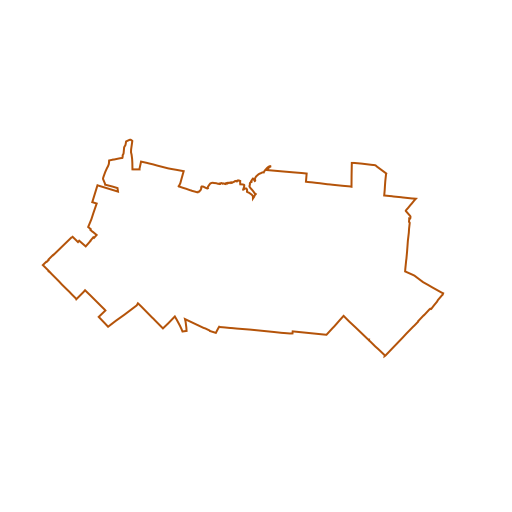 Fratesti, Giurgiu, Romania (Mercator projection), rotated 125°
{"feature_id": "2599482B51222543390169", "entity_name": "Fratesti", "entity_type": "district", "adm_level": 2, "iso_a3": "ROU", "parent_name": "Romania", "parent_adm1": "Giurgiu", "projection": "mercator", "projection_center": [25.914, 43.99], "detail": "fine", "context": "isolated", "style": "outline", "palette": "amber", "viewbox_px": 512, "rotation_deg": 125, "n_neighbors": 0, "source": "geoboundaries", "source_scale": "gbopen_adm2", "svg_char_len": 5954}
<svg xmlns="http://www.w3.org/2000/svg" viewBox="0 0 512 512"><g transform="rotate(125 256 256)"><path d="M366.2,304.0L366.5,302.7L368.7,290.7L361.1,289.2L352.1,287.8L353.7,284.3L356.8,278.2L358.6,275.1L360.0,272.9L357.2,269.9L354.6,272.0L350.2,276.0L348.4,278.0L347.4,272.0L345.1,258.4L345.0,257.8L344.4,255.9L344.0,253.3L343.7,251.7L343.7,251.2L343.9,250.8L342.0,244.8L339.1,245.2L336.4,245.5L335.3,245.6L335.1,245.6L335.1,245.4L335.0,245.0L332.6,240.9L330.1,236.4L328.8,234.3L326.4,230.0L319.6,218.5L313.1,206.9L307.9,197.6L304.3,191.0L302.2,187.5L300.1,183.9L299.2,182.6L298.5,181.7L296.7,182.7L281.3,155.2L280.1,153.1L271.1,151.9L268.8,151.5L260.5,150.6L254.8,149.9L256.2,142.1L257.4,133.5L260.0,116.7L260.0,116.2L259.6,115.5L260.3,115.2L260.5,113.3L261.7,106.4L262.1,102.7L263.5,93.5L264.2,93.2L263.4,92.9L238.4,89.0L233.2,88.3L223.6,86.7L222.4,86.4L217.9,85.7L216.8,85.5L216.7,85.5L216.4,85.8L208.3,84.6L208.2,84.4L203.9,83.8L200.3,83.3L199.2,83.0L199.1,82.9L199.1,82.4L199.1,82.2L198.9,82.1L194.3,81.9L189.3,81.5L188.3,81.7L187.6,81.7L182.4,81.2L181.8,81.2L180.9,80.9L180.3,81.0L179.2,81.3L179.5,82.9L180.6,93.6L181.0,98.5L181.6,104.2L181.2,115.0L181.5,116.7L181.6,117.3L183.1,125.0L181.1,126.2L173.4,130.5L172.0,131.2L165.7,134.8L156.3,140.4L149.4,144.1L145.8,146.3L141.0,148.9L140.5,149.3L140.4,149.7L140.3,150.2L140.2,150.3L138.1,151.5L137.5,151.9L137.4,152.0L137.0,151.2L136.8,151.2L136.2,151.4L135.1,152.1L134.9,152.4L134.6,153.4L133.2,159.1L133.0,159.3L131.8,159.3L129.5,159.0L125.3,158.7L123.8,158.5L119.5,158.2L117.4,157.9L118.1,159.1L119.5,161.4L124.0,169.6L124.7,171.0L125.5,172.4L126.3,173.8L128.4,177.5L129.2,179.2L130.2,180.9L132.9,185.7L128.0,188.5L124.6,190.6L120.4,193.1L114.4,196.4L113.7,196.6L113.4,208.5L113.2,209.6L113.3,210.4L113.8,211.5L114.7,213.0L119.7,222.4L123.6,229.2L124.8,230.9L130.0,227.4L135.2,223.9L144.5,217.5L145.2,219.1L148.8,225.3L153.7,234.1L155.2,236.9L156.2,238.5L157.7,241.4L159.8,245.5L161.6,248.7L163.5,252.3L165.6,255.9L166.5,257.7L159.4,261.8L161.6,265.8L165.6,272.6L171.0,281.9L179.3,296.3L176.3,296.2L175.5,296.0L174.6,295.5L174.3,295.7L174.2,295.8L174.3,296.0L175.1,296.6L176.0,297.0L176.7,297.2L177.4,297.4L180.9,297.8L182.8,297.7L183.1,297.6L183.5,298.3L183.9,298.7L184.7,299.2L185.6,299.6L186.2,300.1L187.6,300.8L190.6,301.5L191.5,301.5L193.2,301.3L193.6,301.1L194.5,300.0L194.9,299.9L195.1,299.9L195.3,300.0L195.2,300.2L194.4,302.2L194.3,302.7L194.3,302.9L195.2,303.0L197.5,302.9L197.7,302.2L197.9,302.1L199.0,302.7L199.7,302.8L200.0,302.7L201.1,301.9L202.4,301.5L202.9,301.1L203.6,299.3L204.0,297.4L204.6,295.2L205.3,293.4L205.4,292.9L205.4,291.9L205.4,291.7L205.7,291.7L206.4,291.9L207.9,291.7L208.5,291.5L210.6,291.5L209.5,292.3L209.0,292.7L208.7,293.1L208.4,293.7L208.2,295.0L208.2,296.8L208.2,297.9L208.5,299.5L208.6,300.2L208.5,300.3L207.4,300.9L206.9,301.3L206.5,302.0L206.3,302.7L206.5,303.1L206.8,303.5L207.8,304.0L208.7,304.3L208.9,304.4L209.0,304.6L208.8,304.7L207.2,305.1L205.8,305.6L204.9,306.1L204.6,306.4L204.6,306.8L204.9,307.6L205.2,308.3L206.3,310.0L205.5,310.7L203.6,312.0L203.8,312.4L203.8,312.8L204.0,312.9L204.1,313.1L204.2,313.8L204.6,314.0L204.7,314.4L204.9,314.5L205.3,314.6L205.7,314.4L205.9,314.4L206.0,314.6L206.0,315.3L206.3,315.6L206.4,316.0L206.5,316.1L207.4,316.3L207.6,316.5L207.9,316.6L208.1,316.8L208.5,317.0L208.9,317.2L209.8,317.6L210.4,318.2L210.0,318.5L210.4,318.8L210.5,319.3L211.8,320.0L211.8,320.5L212.0,320.6L212.3,320.8L212.3,321.2L212.4,321.3L212.5,321.4L212.8,321.1L213.2,321.1L213.4,321.5L213.5,322.2L213.7,322.4L213.9,322.6L214.1,322.6L214.6,322.3L214.8,322.7L215.0,323.9L215.2,324.3L215.7,324.6L215.9,324.7L216.0,325.2L215.9,325.7L215.9,325.9L217.4,327.3L217.4,326.8L217.6,326.7L217.9,327.0L218.2,327.7L218.7,328.7L219.0,329.8L219.4,330.8L220.2,332.0L220.8,333.4L221.3,334.0L222.7,335.0L223.8,335.1L225.5,335.1L226.7,335.1L227.3,334.9L228.0,334.5L228.1,334.3L228.5,334.5L228.7,334.8L228.9,335.8L229.1,336.7L229.4,339.0L229.9,339.9L230.1,340.3L230.3,340.4L230.6,340.4L231.2,340.3L231.5,339.9L232.1,339.6L233.2,339.3L234.1,339.2L234.7,339.4L235.8,339.4L235.9,339.5L236.5,340.2L236.8,340.2L237.2,340.2L237.3,340.4L237.5,340.6L238.3,343.0L239.4,345.9L239.5,346.7L239.8,347.3L241.0,351.8L242.0,354.8L242.7,357.2L242.8,357.7L243.2,358.7L243.3,358.9L243.1,359.2L243.1,359.4L241.8,359.4L239.6,359.8L236.3,361.0L228.0,363.9L231.1,370.7L233.0,374.7L234.6,378.2L238.6,388.8L240.0,392.9L241.7,397.1L242.2,398.5L244.6,404.3L251.3,401.5L251.7,401.3L251.9,401.1L255.9,406.9L250.8,410.6L247.6,413.1L244.4,416.0L242.8,417.8L242.4,418.1L240.4,419.4L232.7,423.3L232.6,423.6L232.7,424.3L232.6,425.0L232.9,425.8L233.7,426.4L236.3,427.9L236.7,428.1L236.9,428.0L238.8,427.1L240.0,426.6L240.7,426.5L241.7,426.5L242.7,426.3L247.6,423.5L248.3,423.2L250.0,423.0L250.6,422.5L252.2,421.7L252.3,421.7L252.7,422.1L253.5,423.0L254.6,424.1L258.6,427.8L258.8,428.1L258.9,428.4L259.5,428.8L262.0,431.1L264.3,429.7L265.4,429.2L267.5,428.7L269.4,428.5L273.6,427.7L276.6,426.9L277.7,426.6L279.1,426.2L280.2,425.8L280.7,425.4L283.3,421.3L283.8,420.7L284.1,420.5L281.4,413.3L279.8,408.4L282.4,406.0L288.9,426.0L289.0,426.4L290.0,426.1L305.8,421.0L304.4,416.6L313.9,413.9L320.4,411.9L328.5,410.1L328.8,406.8L329.6,406.6L329.9,404.0L329.9,403.6L329.8,403.4L330.0,401.1L330.2,398.6L334.1,399.1L334.0,400.0L338.4,400.4L338.5,400.2L345.8,401.0L344.9,409.6L346.7,409.8L346.1,413.3L345.5,417.1L345.9,417.1L346.4,417.6L346.7,417.8L370.7,422.4L370.7,422.5L371.9,422.7L371.9,422.9L378.1,424.0L378.3,423.9L378.4,423.6L380.9,424.1L381.0,424.5L385.7,425.4L386.9,418.2L387.4,415.7L387.5,415.8L387.5,415.7L389.0,407.2L389.9,402.3L390.7,398.7L391.8,392.1L392.4,388.2L393.1,384.9L394.0,379.7L394.2,378.9L394.5,378.4L384.2,376.6L382.1,376.4L383.0,370.9L383.2,369.5L385.9,354.1L386.7,349.3L387.0,348.1L396.1,349.9L397.8,341.3L398.8,336.6L389.3,333.6L379.5,330.1L365.0,325.4L364.1,325.4L362.5,325.6L362.6,324.6L363.2,320.8L366.0,305.8L366.2,304.0Z" fill="none" stroke="#b45309" stroke-width="2"/></g></svg>